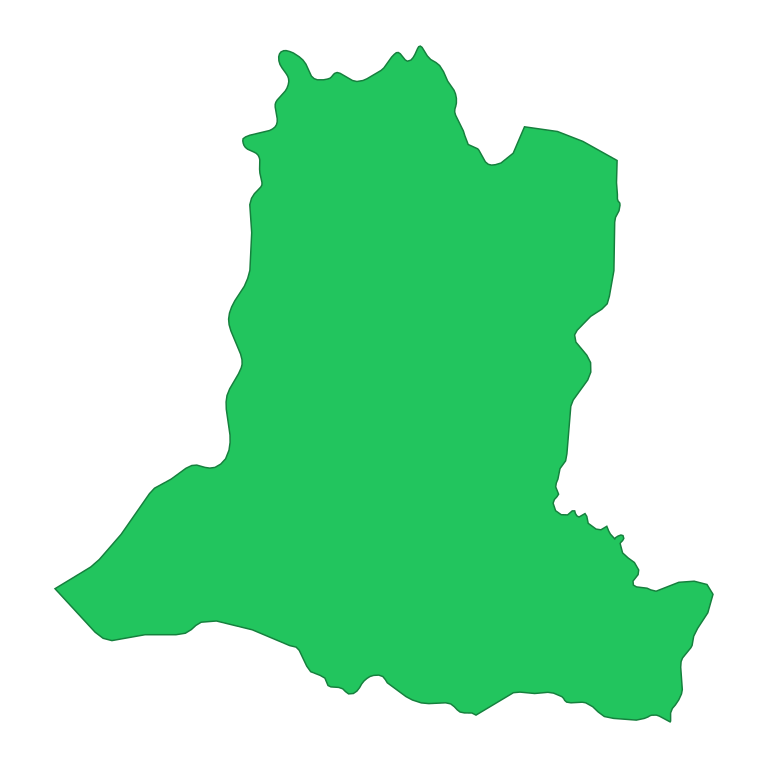 the Prefecture of Basse-Kotto
{"feature_id": "CAF-794", "entity_name": "Basse-Kotto", "entity_type": "Prefecture", "adm_level": 1, "iso_a3": "CAF", "parent_name": "Central African Republic", "parent_adm1": "", "projection": "natural_earth1", "projection_center": [21.411, 4.979], "detail": "fine", "context": "isolated", "style": "filled", "palette": "green", "viewbox_px": 768, "rotation_deg": 0, "n_neighbors": 0, "source": "natural_earth", "source_scale": "10m", "svg_char_len": 3800}
<svg xmlns="http://www.w3.org/2000/svg" viewBox="0 0 768 768"><path d="M111.9,640.6L103.1,638.3L95.1,632.2L55.0,588.7L90.7,567.0L99.3,559.5L121.1,534.4L149.5,493.6L154.5,488.2L171.0,479.2L185.9,468.3L191.8,465.5L196.8,465.1L205.0,467.4L209.7,468.1L215.0,467.4L220.7,464.1L225.6,458.8L229.0,450.2L230.1,442.4L230.0,435.0L226.3,409.3L226.1,401.9L227.0,395.5L229.7,388.8L238.5,373.8L241.2,367.9L242.1,364.3L242.0,359.7L240.6,354.1L230.9,330.9L229.1,324.7L228.6,319.1L229.5,313.0L231.6,307.0L234.8,300.8L244.3,286.3L247.7,278.4L249.9,270.3L251.7,232.7L249.8,204.7L251.5,198.3L254.4,193.7L260.8,187.0L261.9,185.0L262.0,182.7L259.9,173.1L259.6,169.3L259.8,160.0L259.3,157.7L258.1,155.2L256.2,153.3L253.8,152.0L247.6,149.2L246.7,148.5L245.3,147.3L244.0,145.4L243.2,143.2L242.8,140.9L243.1,138.7L245.6,136.9L249.9,135.2L269.6,130.5L272.5,129.0L274.9,127.1L276.4,124.9L277.2,121.9L277.2,118.6L275.2,107.1L275.2,104.4L275.8,102.3L277.2,100.0L285.2,91.1L286.9,88.3L288.2,84.8L288.8,81.5L288.5,78.5L287.7,76.2L286.0,73.4L282.0,67.9L280.0,64.5L278.9,60.8L278.7,56.8L279.5,53.9L281.0,51.9L283.7,50.7L286.2,50.6L289.7,51.5L293.4,53.0L299.1,56.7L302.9,60.0L305.9,64.1L311.4,76.1L314.1,78.6L317.3,79.8L323.5,79.8L327.3,79.1L330.0,78.2L331.5,76.9L333.6,74.3L334.8,73.3L337.1,72.5L340.1,73.3L352.5,80.5L356.9,81.5L363.0,80.5L366.9,78.8L381.1,70.4L383.9,67.9L391.6,57.1L394.2,54.4L396.3,52.7L398.3,52.5L400.3,53.8L405.3,60.0L407.5,61.2L410.9,60.1L413.1,57.6L414.9,54.5L417.6,48.5L418.7,46.7L420.3,46.1L422.1,47.4L427.3,55.9L430.7,59.5L435.9,62.5L439.6,65.5L443.5,71.6L447.7,81.2L454.0,90.2L455.5,93.9L456.4,98.4L456.4,103.1L455.7,106.4L454.9,109.0L454.7,112.0L455.6,115.2L463.4,131.0L464.8,135.6L468.2,144.5L477.7,148.8L478.9,150.2L485.4,161.9L488.3,164.3L491.5,165.1L495.4,164.7L501.0,163.0L513.2,153.2L524.5,126.8L557.5,131.5L582.9,141.4L617.1,160.5L616.5,182.7L617.4,194.4L617.4,198.9L618.1,201.1L619.0,202.1L619.8,203.1L620.0,205.3L619.0,210.8L615.5,217.4L614.7,222.2L613.9,270.7L609.4,296.1L607.2,303.8L601.9,309.1L590.6,316.4L577.2,330.2L574.6,334.9L575.9,342.1L586.8,355.2L590.6,362.6L590.8,372.1L587.7,380.0L573.2,400.0L570.8,406.3L566.9,453.8L565.6,460.9L560.0,468.6L557.9,479.1L556.3,483.0L555.7,486.9L558.6,494.2L556.9,496.8L554.4,499.5L553.1,503.2L555.6,510.7L561.2,514.7L567.6,514.9L572.2,510.9L574.7,510.9L575.4,513.5L576.9,515.9L579.0,517.0L585.0,513.6L586.8,516.4L588.2,523.3L596.1,529.1L600.9,529.8L606.8,526.3L608.7,531.0L610.4,534.1L614.8,538.9L615.5,537.7L618.0,536.1L620.9,535.0L623.0,535.6L623.8,538.4L622.6,540.6L620.9,542.3L620.1,543.4L622.6,552.9L628.2,558.0L634.4,562.5L638.7,570.0L638.1,574.6L633.0,581.1L633.4,585.1L636.5,586.9L647.1,588.2L650.8,589.9L656.1,591.2L678.8,582.3L694.2,581.2L707.0,584.5L713.0,594.3L707.8,612.8L697.6,628.4L693.7,636.2L692.1,645.4L690.9,647.7L682.6,657.9L681.1,661.6L680.7,667.2L682.3,689.6L681.5,693.9L678.8,699.8L675.4,704.9L672.4,708.4L670.6,712.9L670.6,721.1L670.1,721.9L659.3,716.1L656.4,715.1L651.7,715.2L649.8,715.8L648.1,716.9L644.4,718.4L636.3,720.1L613.6,718.4L604.3,716.5L598.1,711.9L592.7,706.7L585.7,702.8L582.2,702.2L570.9,702.8L566.6,702.1L564.7,700.4L563.6,698.4L561.8,696.6L553.5,693.1L547.9,692.3L534.7,693.5L520.0,692.1L513.4,692.7L476.0,715.1L471.9,713.0L464.3,712.9L460.0,712.0L457.2,709.8L454.3,706.7L450.7,703.9L445.6,702.8L428.8,703.6L421.3,702.9L412.4,700.0L406.0,696.6L387.3,682.8L385.4,679.7L382.8,676.5L378.7,675.1L373.6,675.4L370.0,676.5L367.0,678.4L364.1,680.9L361.7,683.9L359.6,687.6L356.9,691.1L353.4,693.5L348.6,693.9L345.5,691.6L342.7,688.8L338.7,687.4L330.9,686.9L328.0,685.5L324.9,678.1L320.2,675.4L310.7,671.7L306.7,666.1L299.2,650.3L296.1,647.1L289.7,645.6L252.3,629.8L216.4,621.0L201.2,622.2L195.9,625.4L191.3,629.6L185.4,633.2L176.1,634.7L145.1,634.7L111.9,640.6Z" fill="#22c55e" stroke="#15803d" stroke-width="1.5"/></svg>